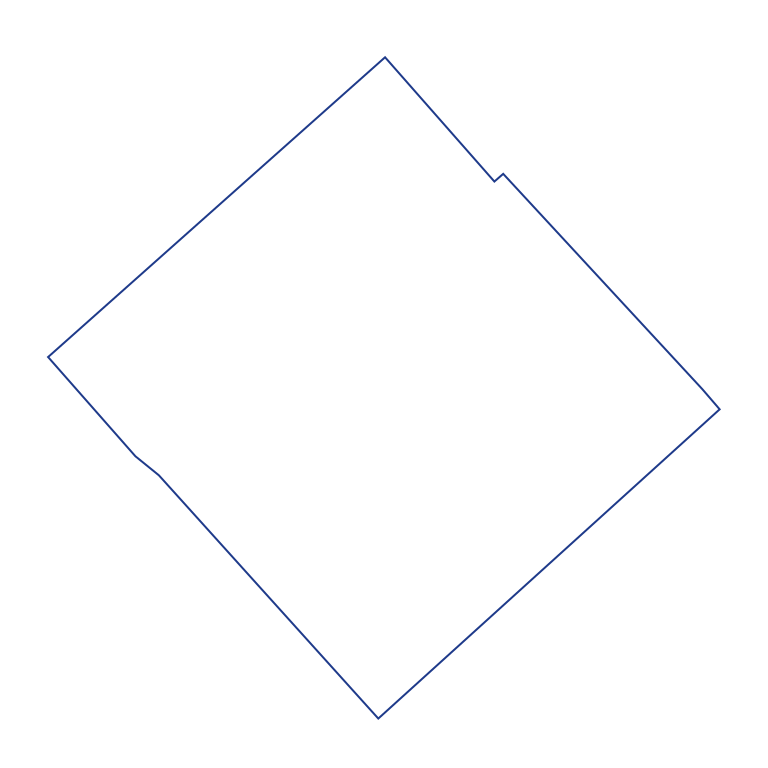 Crawford, Ohio, United States of America (Natural Earth projection), rotated 228°
{"feature_id": "52423323B92428589808296", "entity_name": "Crawford", "entity_type": "district", "adm_level": 2, "iso_a3": "USA", "parent_name": "United States of America", "parent_adm1": "Ohio", "projection": "natural_earth1", "projection_center": [-82.928, 40.85], "detail": "fine", "context": "isolated", "style": "outline", "palette": "blue", "viewbox_px": 768, "rotation_deg": 228, "n_neighbors": 0, "source": "geoboundaries", "source_scale": "gbopen_adm2", "svg_char_len": 286}
<svg xmlns="http://www.w3.org/2000/svg" viewBox="0 0 768 768"><g transform="rotate(228 384 384)"><path d="M139.2,155.9L140.6,616.5L166.9,617.1L460.4,613.2L460.6,601.5L626.1,603.4L628.8,152.4L496.6,150.9L466.8,155.6L139.2,155.9Z" fill="none" stroke="#1e3a8a" stroke-width="2"/></g></svg>